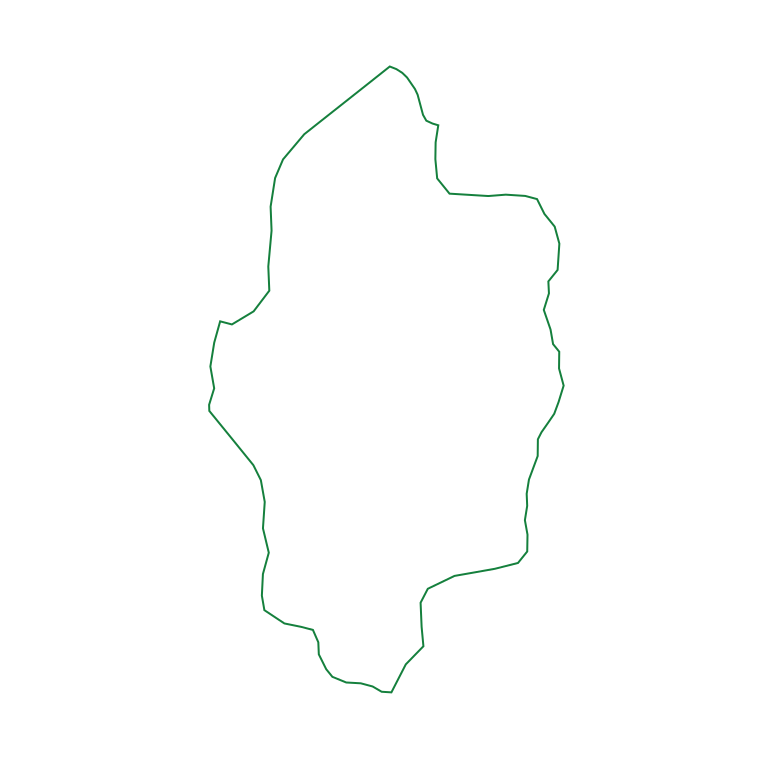 Unhung, Ryanggang, North Korea, rotated 231°
{"feature_id": "82179303B62384537244682", "entity_name": "Unhung", "entity_type": "district", "adm_level": 2, "iso_a3": "PRK", "parent_name": "North Korea", "parent_adm1": "Ryanggang", "projection": "mercator", "projection_center": [128.55, 41.324], "detail": "fine", "context": "isolated", "style": "outline", "palette": "green", "viewbox_px": 768, "rotation_deg": 231, "n_neighbors": 0, "source": "geoboundaries", "source_scale": "gbopen_adm2", "svg_char_len": 1270}
<svg xmlns="http://www.w3.org/2000/svg" viewBox="0 0 768 768"><g transform="rotate(231 384 384)"><path d="M247.4,476.0L250.5,486.8L253.7,497.5L260.1,508.3L269.7,522.6L285.9,529.8L298.8,540.5L308.6,540.5L321.5,547.7L341.0,554.8L350.6,569.2L360.3,576.3L363.4,590.7L382.7,608.6L398.9,615.7L415.2,615.7L431.4,619.3L441.3,612.1L454.5,597.8L464.4,583.4L477.5,569.1L490.7,554.7L510.3,554.7L526.4,565.4L539.3,576.2L550.9,589.0L555.9,585.6L562.0,582.6L568.6,583.7L587.7,592.2L593.8,593.7L607.7,594.8L614.3,594.0L620.9,591.8L627.1,588.3L627.4,558.2L627.9,515.1L628.3,479.2L622.1,446.9L612.6,429.0L593.2,407.5L573.9,393.1L548.1,368.0L528.7,353.6L522.5,328.4L526.0,303.3L535.8,296.1L523.0,278.1L506.9,260.1L487.5,249.3L477.9,235.0L473.0,231.3L435.6,231.4L403.1,231.4L386.8,227.8L367.4,217.1L348.0,199.1L325.4,188.3L312.5,170.3L296.4,155.9L283.5,148.7L260.6,155.9L247.5,166.7L237.6,174.0L224.6,170.4L214.9,163.2L198.7,159.6L188.9,159.6L175.8,166.8L166.0,177.6L156.1,184.8L146.3,188.5L139.7,195.7L152.4,224.5L155.4,249.6L171.6,260.4L191.0,274.8L197.3,289.2L190.5,318.0L180.5,336.0L170.6,353.9L160.6,375.5L163.7,389.9L176.6,400.7L189.5,407.8L199.2,418.6L208.9,425.8L218.5,436.5L224.9,447.3L231.3,458.1L244.2,468.8L247.4,476.0Z" fill="none" stroke="#15803d" stroke-width="2"/></g></svg>